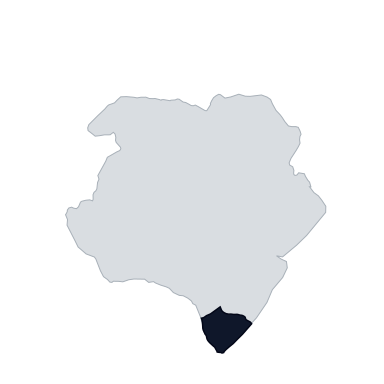 Marowijne highlighted on a map of Suriname, rotated 123°
{"feature_id": "SUR-67", "entity_name": "Marowijne", "entity_type": "District", "adm_level": 1, "iso_a3": "SUR", "parent_name": "Suriname", "parent_adm1": "", "projection": "albers", "projection_center": [-54.373, 5.594], "detail": "fine", "context": "in_parent", "style": "filled", "palette": "ink", "viewbox_px": 384, "rotation_deg": 123, "n_neighbors": 0, "source": "natural_earth", "source_scale": "10m", "svg_char_len": 3117}
<svg xmlns="http://www.w3.org/2000/svg" viewBox="0 0 384 384"><g transform="rotate(123 192 192)"><path d="M302.4,106.7L297.5,110.9L292.1,116.9L284.9,127.2L285.2,130.5L283.7,133.1L283.3,137.8L283.8,142.9L285.6,146.3L286.5,152.8L285.1,158.6L285.6,162.0L287.1,167.4L288.2,173.1L288.1,175.4L289.8,177.3L291.4,179.1L290.9,184.2L296.6,193.3L300.0,197.2L305.0,201.1L306.9,204.9L309.7,209.4L311.4,209.9L312.3,211.8L311.4,215.3L311.2,220.1L308.0,225.8L300.6,236.1L299.7,238.5L301.6,247.1L300.6,254.2L300.2,257.5L296.5,263.7L287.9,278.7L282.9,281.4L279.9,285.7L278.0,285.7L275.8,286.1L275.2,286.7L272.5,286.6L270.3,284.7L270.0,282.4L268.9,279.8L266.2,279.1L261.2,280.0L259.7,279.3L256.7,276.5L254.3,273.5L253.6,270.6L252.0,270.9L248.2,273.5L245.6,274.0L243.5,273.3L241.2,273.5L235.4,276.4L231.9,277.0L229.5,279.9L213.2,281.1L209.0,281.9L199.3,276.9L196.8,275.3L195.5,275.1L194.4,275.3L193.4,276.4L191.7,282.6L190.3,284.3L187.7,285.6L185.3,288.1L184.8,290.5L188.6,291.8L191.7,296.5L195.2,300.3L197.9,303.6L197.5,307.3L197.1,312.6L195.0,314.4L191.7,315.2L179.4,312.6L169.9,310.3L166.0,309.8L164.2,309.2L161.8,307.3L159.4,305.5L155.6,304.8L151.0,303.6L147.7,298.9L144.2,292.3L143.0,289.3L140.3,286.4L137.6,282.3L136.8,278.6L134.8,275.3L133.8,274.1L132.2,269.6L131.9,267.9L131.1,267.7L130.0,266.2L127.9,261.3L127.4,260.1L126.5,259.7L123.9,256.2L122.0,255.0L121.2,253.3L121.4,248.5L120.4,246.1L120.0,241.7L120.0,239.9L119.0,237.9L117.3,236.6L117.0,233.3L116.6,225.3L115.8,223.9L108.6,224.0L107.8,224.8L104.7,225.2L101.2,225.3L98.1,224.2L95.5,222.8L94.9,221.1L95.3,215.5L91.2,211.3L84.5,206.0L82.6,199.4L80.1,195.3L72.8,186.6L71.5,180.7L71.6,176.5L74.2,172.7L77.8,166.0L79.3,159.9L80.5,156.7L82.4,152.5L84.1,147.1L82.8,143.8L80.6,140.5L79.9,138.1L82.1,134.5L84.2,132.0L86.7,131.7L89.7,130.2L92.2,128.0L95.9,127.5L100.5,127.3L109.9,127.3L114.7,126.4L116.2,124.7L116.0,121.3L118.4,118.3L120.9,117.0L121.9,116.0L122.0,114.9L121.4,113.9L120.4,113.2L117.8,113.0L115.5,107.7L117.1,105.4L119.1,101.2L119.7,98.8L122.9,95.1L123.6,96.3L126.1,89.4L126.4,83.9L128.3,78.4L131.1,72.0L136.3,68.8L166.0,72.2L179.6,75.3L197.1,80.7L199.5,86.4L199.7,80.7L198.9,74.9L203.7,70.8L214.3,69.4L230.2,71.4L243.8,69.0L262.4,69.4L290.6,74.0L303.2,77.2L308.4,80.1L309.4,85.3L308.9,91.9L306.9,98.2L302.4,106.7Z" fill="#d9dde1" stroke="#a8b0b8" stroke-width="1"/><path d="M301.6,107.4L300.4,108.7L295.8,112.1L293.3,114.6L292.7,115.4L291.3,114.0L290.8,113.7L289.9,113.3L287.8,112.5L284.5,110.3L283.7,109.9L273.0,105.8L274.9,103.1L275.2,102.4L275.5,101.8L275.6,101.1L275.7,100.3L275.7,99.0L275.4,97.0L274.5,94.8L273.1,92.7L271.9,90.2L270.0,87.5L269.6,86.5L269.1,84.7L268.6,83.8L268.1,82.5L268.0,82.1L267.9,80.5L267.9,79.8L268.2,79.1L269.3,77.8L269.7,76.9L269.3,72.2L269.7,70.9L270.0,70.2L271.9,70.5L283.8,72.2L291.1,73.8L296.7,74.9L301.6,76.5L305.9,77.7L307.2,77.9L308.0,78.1L309.5,78.0L309.8,78.5L310.4,78.8L310.8,79.4L310.7,80.0L312.1,82.7L312.5,83.8L311.9,84.4L310.5,87.1L309.8,88.3L309.5,90.7L308.7,95.3L308.0,97.6L307.3,99.0L306.2,100.3L305.2,101.2L304.7,101.8L304.4,102.3L304.1,103.5L301.6,107.4Z" fill="#0f172a" stroke="#020617" stroke-width="1.5"/></g></svg>